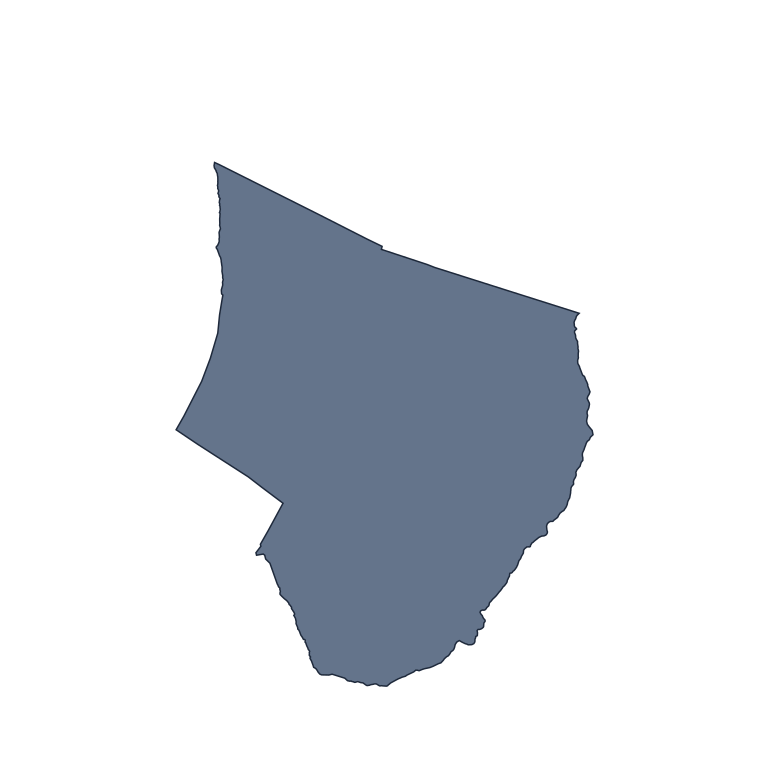 outline of Moreno, Buenos Aires, Argentina, rotated 333°
{"feature_id": "61730980B59094124790483", "entity_name": "Moreno", "entity_type": "district", "adm_level": 2, "iso_a3": "ARG", "parent_name": "Argentina", "parent_adm1": "Buenos Aires", "projection": "equal_earth", "projection_center": [-58.812, -34.597], "detail": "fine", "context": "isolated", "style": "filled", "palette": "slate", "viewbox_px": 768, "rotation_deg": 333, "n_neighbors": 0, "source": "geoboundaries", "source_scale": "gbopen_adm2", "svg_char_len": 6171}
<svg xmlns="http://www.w3.org/2000/svg" viewBox="0 0 768 768"><g transform="rotate(333 384 384)"><path d="M333.6,109.7L332.6,111.1L331.8,112.1L331.1,114.1L331.0,114.7L331.2,115.4L331.1,116.2L331.3,117.8L331.0,118.4L331.0,120.9L330.7,121.5L330.1,123.2L330.0,123.9L329.7,124.5L328.5,127.0L327.8,128.2L327.5,129.0L327.0,129.8L326.7,130.4L325.7,131.5L325.5,132.6L325.1,133.5L324.6,134.3L324.6,135.9L324.3,137.0L323.1,138.3L322.6,138.7L322.6,141.0L321.9,142.2L321.9,143.2L322.1,143.9L322.1,144.6L321.6,144.8L321.2,145.2L319.5,147.7L319.6,148.4L319.0,149.7L318.5,150.3L318.6,150.8L318.3,151.9L317.8,152.7L317.6,153.8L316.0,155.9L315.1,156.7L315.4,157.4L315.1,158.2L314.6,158.8L313.7,160.5L312.7,162.0L311.8,163.8L310.4,166.8L309.6,167.9L309.2,169.9L308.7,171.6L307.8,172.2L306.0,173.9L305.6,174.6L305.2,175.7L304.0,178.4L303.4,179.3L302.9,179.8L302.2,181.6L301.7,182.4L300.5,183.5L299.1,184.6L298.6,185.0L297.0,185.5L296.5,186.1L296.3,187.1L296.6,188.4L296.4,189.7L296.0,193.0L295.7,195.0L295.8,197.0L295.5,198.3L295.1,199.8L294.4,201.4L294.2,202.2L293.4,204.4L293.1,205.5L292.5,207.0L290.8,210.0L289.5,214.2L289.2,214.8L288.8,215.4L288.4,216.4L288.2,217.9L286.3,220.0L285.6,221.8L284.9,223.0L282.9,225.1L281.8,226.3L281.2,227.6L280.3,229.8L280.4,230.7L280.8,231.3L280.6,231.9L278.3,234.9L268.9,247.7L259.0,263.2L240.9,282.3L222.8,298.8L191.2,321.7L178.0,330.4L190.9,353.6L220.9,405.1L228.1,420.3L239.9,444.4L214.2,462.1L201.1,470.7L200.6,472.7L193.3,476.2L192.7,478.7L199.2,480.7L200.0,482.4L199.1,486.2L201.0,491.9L198.1,513.8L198.2,515.0L198.0,516.6L198.1,517.3L198.5,518.1L198.5,518.7L197.9,519.8L197.6,521.5L197.2,522.2L196.8,522.5L196.0,523.8L195.9,524.4L196.6,526.8L197.7,530.0L199.0,532.8L199.7,535.9L199.5,536.7L199.4,537.5L200.0,538.7L200.0,539.5L200.3,540.9L199.7,541.8L199.7,542.9L199.9,544.0L199.9,544.9L200.1,545.7L200.1,547.3L200.0,548.1L199.6,548.8L198.6,549.2L198.7,551.7L198.7,552.6L197.9,555.7L197.6,556.3L196.9,557.5L196.8,558.1L196.6,561.2L196.4,562.2L196.0,563.0L196.0,563.6L196.3,564.1L196.4,564.9L196.3,566.9L196.1,568.0L195.9,570.4L196.2,571.9L196.2,572.6L196.3,573.5L196.2,574.4L196.4,575.1L197.1,575.4L197.5,576.1L197.4,576.8L196.5,578.1L196.8,579.4L196.6,580.0L196.3,582.5L196.3,584.5L196.0,586.3L196.4,587.5L196.4,588.4L195.5,589.3L195.3,590.0L194.3,591.7L194.3,592.6L194.6,593.2L194.6,593.9L193.7,594.5L193.5,595.1L193.6,595.7L193.5,596.6L193.7,597.2L193.1,602.3L192.7,604.5L193.3,605.3L194.1,606.8L194.4,608.5L194.5,610.9L195.1,613.3L196.3,614.8L202.8,618.3L206.0,619.0L215.5,628.3L216.5,631.0L216.8,631.8L217.3,632.2L218.5,633.2L219.9,633.8L220.4,634.6L221.7,635.5L222.0,636.2L222.6,636.6L223.2,636.8L225.1,637.1L225.7,637.4L227.8,639.6L229.1,640.4L229.6,640.8L231.4,644.3L231.7,644.7L232.2,645.1L234.3,645.8L235.7,645.9L238.2,646.7L239.1,646.8L240.8,647.6L241.3,648.2L242.3,649.9L243.0,650.9L243.7,651.3L244.9,651.7L246.0,652.5L249.0,654.3L250.2,654.5L251.3,654.0L252.7,653.8L254.0,653.4L261.2,653.2L263.2,653.2L265.4,653.4L266.8,653.4L270.4,654.1L272.4,653.8L279.8,654.0L282.4,653.4L283.8,654.2L285.1,655.4L288.6,655.7L290.6,656.0L296.2,657.5L299.6,657.8L305.5,657.9L308.1,658.3L311.4,657.1L313.1,656.2L316.0,655.4L317.8,655.4L319.5,654.7L322.2,653.0L324.4,652.7L325.7,652.1L327.2,650.8L329.1,648.5L331.6,647.0L333.7,646.8L334.6,646.8L336.3,649.4L338.6,652.4L339.6,653.2L340.6,654.6L343.9,656.1L346.1,656.1L347.4,655.4L348.1,654.7L348.7,653.6L349.2,652.7L350.4,651.7L351.1,650.6L352.9,650.6L354.4,648.1L355.0,646.0L355.8,645.6L356.4,645.4L357.7,646.1L359.3,646.3L360.1,646.3L362.1,645.8L362.6,645.4L364.2,642.7L364.9,642.0L366.0,641.6L366.5,641.1L366.7,640.6L366.8,639.8L366.3,638.2L366.2,636.7L366.4,635.0L365.9,632.9L365.9,631.0L366.8,630.2L367.5,630.0L369.0,630.1L369.7,630.4L370.3,630.9L371.5,631.1L372.4,630.8L373.0,630.6L374.0,629.9L376.6,629.2L377.3,628.5L378.6,626.9L379.1,626.6L380.4,626.3L383.3,625.0L385.8,624.3L387.9,623.6L392.9,621.3L393.5,621.2L394.4,620.8L398.3,618.7L399.6,618.5L402.3,617.2L403.5,616.5L404.2,615.7L404.6,615.1L405.1,614.6L406.2,613.9L406.6,613.4L408.2,612.4L408.7,611.9L409.8,610.2L410.2,609.8L410.9,609.9L411.5,610.2L412.1,610.2L412.7,610.1L414.0,609.4L415.3,609.2L416.5,608.7L418.8,607.5L419.9,606.6L420.8,606.0L423.6,603.1L424.2,602.6L426.4,601.6L428.3,599.9L430.7,598.4L431.4,597.9L432.9,595.5L434.1,594.8L434.8,594.5L435.8,594.4L437.1,594.0L438.5,594.5L439.9,595.3L440.6,595.2L441.4,594.2L443.7,592.8L445.1,592.7L445.6,592.5L447.1,592.1L452.4,591.0L455.4,591.1L457.7,592.0L458.6,592.0L459.1,592.1L460.0,592.0L461.3,591.3L461.9,590.8L462.5,590.0L462.8,588.2L464.1,584.9L464.5,584.2L465.2,583.5L465.8,582.9L466.5,582.5L468.2,582.0L469.7,581.9L471.7,582.9L472.3,583.0L473.5,582.5L477.5,581.8L478.4,581.5L479.9,580.3L482.2,579.0L485.1,578.4L486.4,578.4L487.1,578.2L488.2,577.5L490.0,576.6L491.8,575.2L492.8,574.2L494.0,572.6L494.6,572.0L497.0,570.2L497.6,569.9L498.1,569.3L498.7,568.5L500.8,565.8L501.5,564.5L502.3,563.4L503.0,562.1L503.7,561.3L504.7,560.5L507.4,559.4L507.8,558.7L508.3,557.2L509.7,555.6L510.2,555.2L511.0,554.8L512.2,554.0L513.8,552.5L514.5,550.9L514.8,549.7L515.4,549.4L516.7,548.2L519.9,546.8L521.2,546.4L523.4,544.1L524.1,543.4L526.5,542.3L527.7,539.9L528.1,538.3L528.7,536.9L529.6,535.5L532.4,533.3L534.2,531.5L536.0,529.9L537.3,528.6L539.1,527.4L541.3,527.0L541.9,526.7L543.0,525.7L544.1,525.0L547.2,524.1L548.4,519.9L547.3,515.0L546.9,512.2L547.6,509.2L548.3,508.1L551.0,504.7L551.3,503.8L551.5,502.6L552.3,501.1L552.9,500.3L554.9,498.9L555.9,497.9L557.9,495.3L558.3,494.0L558.4,489.3L559.8,487.7L562.2,486.2L564.0,484.5L564.7,478.1L565.3,477.0L565.6,474.4L565.6,471.8L566.0,468.8L565.9,467.9L565.1,466.7L565.1,464.7L565.4,462.4L565.8,458.4L566.1,457.2L566.0,453.8L566.4,452.7L567.3,450.8L568.9,449.1L569.3,448.5L569.5,447.7L571.2,444.5L572.0,443.5L572.5,442.3L573.0,440.1L573.7,439.2L574.8,435.9L575.8,433.9L575.7,432.7L575.7,430.1L576.8,427.5L577.0,426.3L577.0,425.0L577.4,424.1L578.0,423.2L580.6,422.4L580.5,421.3L579.9,419.9L580.0,418.5L580.4,417.8L581.3,415.4L582.8,413.9L584.3,413.0L586.1,411.1L587.2,410.5L590.0,409.6L482.1,303.2L476.7,297.1L442.8,262.9L444.8,260.5L434.8,247.3L401.3,201.3L336.7,113.6L333.6,109.7Z" fill="#64748b" stroke="#1e293b" stroke-width="1.5"/></g></svg>